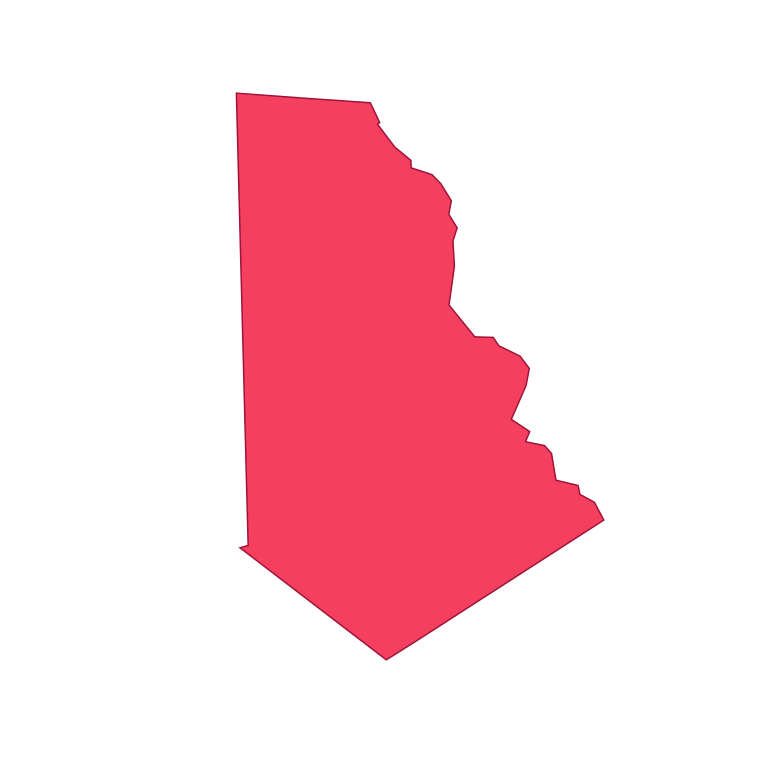 outline of Bee, Texas, United States of America, rotated 25°
{"feature_id": "52423323B86725714839987", "entity_name": "Bee", "entity_type": "district", "adm_level": 2, "iso_a3": "USA", "parent_name": "United States of America", "parent_adm1": "Texas", "projection": "robinson", "projection_center": [-97.679, 28.425], "detail": "fine", "context": "isolated", "style": "filled", "palette": "rose", "viewbox_px": 768, "rotation_deg": 25, "n_neighbors": 0, "source": "geoboundaries", "source_scale": "gbopen_adm2", "svg_char_len": 626}
<svg xmlns="http://www.w3.org/2000/svg" viewBox="0 0 768 768"><g transform="rotate(25 384 384)"><path d="M188.0,159.8L127.3,182.8L329.1,587.7L322.7,593.3L502.0,632.9L502.6,633.1L521.7,603.5L640.7,414.4L624.7,402.3L608.4,401.3L602.8,394.0L580.5,398.5L565.2,376.2L555.7,372.0L536.6,376.5L536.2,365.6L514.3,362.2L513.4,325.2L509.1,308.5L495.6,301.3L471.8,300.8L463.3,295.6L446.4,302.9L409.6,285.0L398.0,247.4L386.1,225.3L384.3,211.6L371.0,202.8L367.6,189.5L351.0,178.5L339.0,174.0L317.3,176.6L313.9,170.0L293.6,164.7L268.4,151.4L269.6,148.9L252.8,134.9L188.0,159.8Z" fill="#f43f5e" stroke="#9f1239" stroke-width="1.5"/></g></svg>